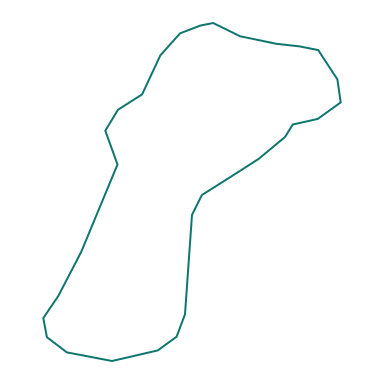 Lebialem, Sud-Ouest, Cameroon (orthographic projection)
{"feature_id": "32672807B23253489436904", "entity_name": "Lebialem", "entity_type": "district", "adm_level": 2, "iso_a3": "CMR", "parent_name": "Cameroon", "parent_adm1": "Sud-Ouest", "projection": "orthographic", "projection_center": [9.96, 5.584], "detail": "fine", "context": "isolated", "style": "outline", "palette": "teal", "viewbox_px": 384, "rotation_deg": 0, "n_neighbors": 0, "source": "geoboundaries", "source_scale": "gbopen_adm2", "svg_char_len": 518}
<svg xmlns="http://www.w3.org/2000/svg" viewBox="0 0 384 384"><path d="M213.1,23.0L200.2,25.6L180.1,33.3L160.4,55.3L142.1,94.4L118.0,109.7L105.3,130.7L117.5,164.5L84.7,243.5L81.4,251.5L58.4,295.8L43.3,318.1L46.9,337.2L66.9,352.4L112.0,361.0L157.8,350.4L176.6,336.7L185.0,314.3L192.0,214.9L201.9,195.0L232.3,175.8L255.2,161.1L258.4,159.1L285.0,137.0L292.8,124.5L317.8,118.9L321.5,116.2L340.7,102.4L337.4,79.4L318.2,50.1L299.7,46.4L276.4,43.8L240.2,36.3L213.1,23.0Z" fill="none" stroke="#0f766e" stroke-width="2"/></svg>